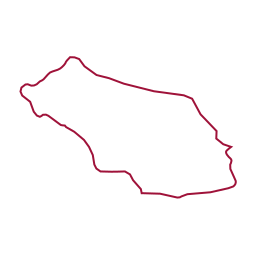 the Governorate of Nabeul, rotated 256°
{"feature_id": "TUN-107", "entity_name": "Nabeul", "entity_type": "Governorate", "adm_level": 1, "iso_a3": "TUN", "parent_name": "Tunisia", "parent_adm1": "", "projection": "mercator", "projection_center": [10.722, 36.719], "detail": "fine", "context": "isolated", "style": "outline", "palette": "rose", "viewbox_px": 256, "rotation_deg": 256, "n_neighbors": 0, "source": "natural_earth", "source_scale": "10m", "svg_char_len": 1196}
<svg xmlns="http://www.w3.org/2000/svg" viewBox="0 0 256 256"><g transform="rotate(256 128 128)"><path d="M61.4,125.5L65.6,125.7L76.1,120.3L82.5,118.7L86.6,114.5L88.2,107.2L89.6,101.3L92.5,90.8L96.3,87.5L100.7,86.5L110.3,87.3L119.1,85.6L127.1,82.4L137.4,74.9L143.8,68.2L145.7,67.3L146.5,64.9L147.2,63.5L159.1,53.7L160.8,51.6L161.4,48.7L160.6,46.9L160.2,45.2L162.1,42.6L166.6,40.5L177.1,39.4L185.1,33.2L189.4,32.5L193.0,34.4L195.0,39.0L194.7,41.3L192.5,44.4L192.0,47.1L192.5,50.0L194.5,53.7L195.0,56.1L195.7,57.9L199.3,63.2L200.7,65.8L201.1,68.4L201.5,73.9L202.1,76.5L203.0,78.5L204.4,80.9L205.9,82.8L207.0,83.6L208.2,85.0L210.7,88.9L209.5,93.2L206.7,97.3L198.4,100.7L187.0,110.3L180.9,121.7L172.0,134.7L157.4,162.0L146.2,190.1L140.9,197.3L123.7,201.7L103.6,213.2L96.4,211.1L89.2,216.5L84.7,223.5L83.7,221.2L82.5,218.8L82.1,218.2L81.7,217.7L81.0,217.3L79.8,217.2L78.3,217.5L75.5,218.8L74.0,219.8L72.6,220.5L71.2,220.5L69.1,219.4L67.7,218.3L63.5,217.4L57.5,218.5L50.7,219.7L49.4,219.5L48.8,219.2L47.8,218.7L47.0,217.9L46.3,216.9L45.8,215.9L45.3,210.7L45.7,192.4L49.4,169.6L48.7,163.4L48.2,161.5L48.6,159.0L56.5,143.2L61.1,126.8L61.4,125.5Z" fill="none" stroke="#9f1239" stroke-width="2"/></g></svg>